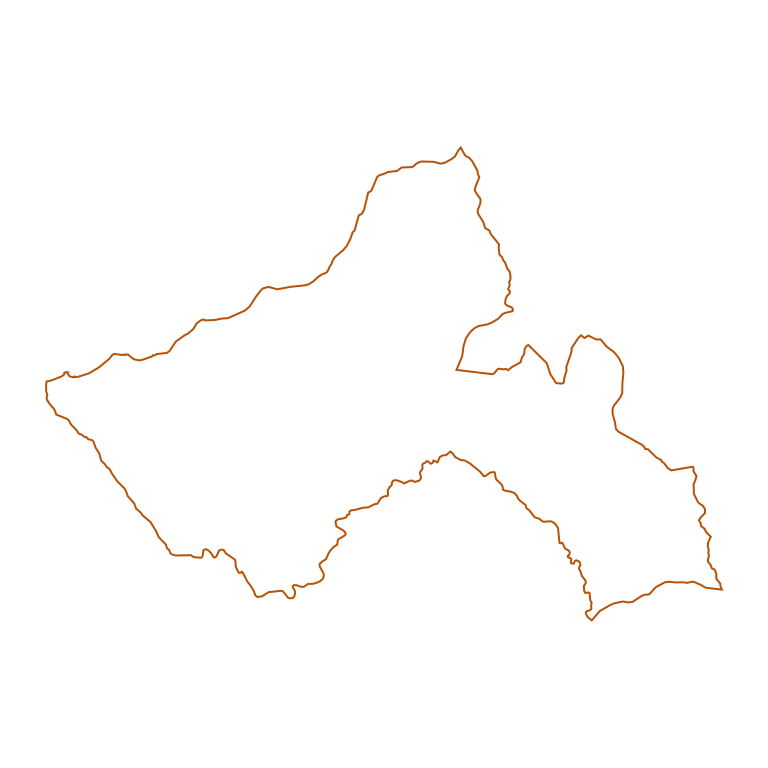 outline of Nitibe, Ambeno, East Timor
{"feature_id": "22284137B96760248350473", "entity_name": "Nitibe", "entity_type": "district", "adm_level": 2, "iso_a3": "TLS", "parent_name": "East Timor", "parent_adm1": "Ambeno", "projection": "albers", "projection_center": [124.176, -9.337], "detail": "fine", "context": "isolated", "style": "outline", "palette": "amber", "viewbox_px": 768, "rotation_deg": 0, "n_neighbors": 0, "source": "geoboundaries", "source_scale": "gbopen_adm2", "svg_char_len": 6089}
<svg xmlns="http://www.w3.org/2000/svg" viewBox="0 0 768 768"><path d="M667.7,468.0L663.8,462.8L662.1,462.0L661.3,460.2L656.2,457.3L647.9,449.2L645.3,449.1L644.3,447.0L642.4,445.1L618.4,431.7L615.9,428.9L614.9,422.0L612.6,413.9L612.6,408.9L613.7,405.9L620.1,397.7L622.2,393.5L622.4,382.8L623.4,372.7L622.8,366.1L618.9,358.2L615.4,353.7L614.1,352.2L606.6,346.6L600.6,339.4L596.0,339.4L588.4,335.6L584.4,338.0L581.1,335.3L578.4,337.9L571.7,348.0L571.5,351.7L566.2,367.4L566.6,370.3L564.4,377.8L563.8,382.0L563.4,383.0L561.8,383.6L556.1,383.1L550.2,373.9L546.8,363.2L528.4,345.0L526.9,345.7L524.7,348.8L524.1,354.4L522.0,357.3L520.5,362.4L512.1,366.9L508.1,370.2L506.3,369.0L503.1,369.3L498.7,368.7L497.5,369.3L494.1,373.4L492.3,374.2L456.5,369.9L462.2,356.2L463.5,346.3L465.7,338.9L468.3,334.6L470.9,331.4L474.7,328.0L478.7,326.0L488.1,324.2L492.6,322.2L498.7,318.4L502.2,314.3L505.1,312.9L512.4,311.2L512.9,310.3L512.4,308.2L511.7,307.4L506.9,305.4L505.3,303.8L505.1,302.5L505.6,299.3L506.8,296.2L509.6,293.4L510.0,291.7L508.2,289.1L509.8,284.9L509.1,282.4L510.4,279.6L510.4,275.3L509.6,271.5L507.3,268.7L505.1,262.5L503.1,260.1L502.3,257.5L499.4,254.4L498.7,248.0L499.0,244.3L490.6,233.9L489.4,230.5L485.1,228.1L483.4,222.2L478.4,214.3L477.8,212.3L477.6,210.5L480.2,203.8L480.6,200.0L480.1,198.4L476.8,194.1L474.8,190.3L475.2,187.7L479.3,177.1L478.0,174.6L477.5,170.8L472.2,161.2L468.9,157.5L466.5,156.5L464.8,155.0L460.8,147.6L458.5,150.1L455.0,156.4L451.2,159.3L444.3,163.0L440.4,163.6L433.6,161.8L421.9,161.5L419.9,161.9L416.2,163.7L413.4,166.4L411.7,167.1L401.6,167.5L397.1,170.9L387.5,172.1L385.9,173.1L379.0,175.5L377.2,176.9L371.7,189.9L370.7,191.3L368.2,192.5L364.0,210.2L361.5,214.1L359.5,214.9L358.6,215.9L354.6,230.5L352.7,232.2L350.4,238.8L347.0,245.6L343.5,249.8L334.9,257.1L332.3,261.4L331.7,263.6L329.4,267.2L327.8,270.9L326.4,272.6L321.6,274.6L318.2,276.9L313.0,281.6L308.7,284.3L305.0,285.3L290.2,286.9L277.1,289.3L268.6,286.9L263.2,288.3L261.4,289.8L256.8,295.5L249.4,306.8L244.5,310.8L228.0,318.1L221.0,318.7L215.0,320.0L206.2,320.4L204.5,320.2L203.6,319.4L200.5,320.5L196.7,323.4L193.1,329.3L187.1,334.2L185.2,334.9L175.9,341.5L169.5,351.1L166.9,352.9L156.6,354.1L155.0,355.3L152.8,355.3L152.2,356.3L143.1,359.6L139.3,360.4L134.4,359.4L132.0,358.0L128.2,354.6L125.9,354.4L125.2,355.1L123.6,354.6L122.0,355.0L114.5,353.9L112.4,354.9L109.6,358.5L98.8,367.5L89.1,373.3L78.8,376.6L75.0,377.1L74.4,376.5L73.5,377.3L69.7,376.4L67.2,373.1L67.8,372.3L65.4,372.2L64.2,372.9L64.3,374.1L63.8,374.9L61.2,376.6L50.9,380.6L46.6,381.5L46.1,384.8L46.2,391.5L47.3,394.9L46.6,397.9L46.9,399.7L50.0,404.4L54.2,409.1L56.3,414.6L67.3,419.0L68.9,420.6L71.1,424.6L76.8,430.5L78.6,433.5L81.6,434.6L84.3,436.8L86.5,437.2L88.2,439.2L91.9,440.1L92.9,441.0L93.8,442.3L95.5,447.5L99.3,453.5L101.2,460.6L104.8,464.1L106.7,466.9L109.6,469.1L111.9,473.4L117.4,481.5L124.4,488.3L126.2,491.7L127.6,495.9L134.3,503.5L136.1,508.6L140.7,512.6L142.5,515.2L150.6,522.2L156.0,531.0L158.7,537.1L166.0,544.7L167.0,548.3L169.0,549.8L170.6,553.6L172.1,554.5L175.8,555.5L190.9,555.2L193.8,557.1L200.9,557.8L201.9,557.2L202.6,555.8L203.5,550.0L205.8,549.2L208.9,550.7L211.4,553.6L213.5,557.1L214.8,557.5L216.1,556.7L217.0,555.3L219.0,550.6L221.4,549.6L223.5,549.9L226.0,553.5L234.9,559.6L235.4,560.8L235.8,566.9L238.5,572.4L239.9,573.0L241.9,571.8L242.7,572.5L247.5,581.8L250.0,584.8L253.7,590.8L255.3,595.3L257.5,597.0L261.9,596.4L268.7,592.1L281.6,590.8L282.9,591.3L288.1,597.7L289.7,598.3L292.5,598.1L294.3,596.4L295.2,592.7L294.6,590.3L292.8,587.2L292.9,586.0L293.7,585.2L296.5,585.2L301.5,586.9L303.6,586.9L308.2,583.9L313.2,583.8L318.5,582.1L320.2,581.1L322.9,578.8L323.8,575.8L323.4,573.1L319.7,566.4L319.6,563.9L322.5,561.3L325.9,559.3L328.6,553.2L330.3,550.6L333.9,546.7L337.2,544.7L337.7,540.6L338.3,539.3L344.7,535.5L345.6,534.2L345.2,532.4L343.1,530.3L336.5,526.5L335.5,522.1L336.0,520.6L338.3,519.2L343.8,518.3L346.3,517.3L347.2,515.0L349.4,514.2L349.4,511.5L351.2,510.3L355.1,509.9L362.6,507.8L368.5,507.3L374.4,504.3L377.5,503.6L381.1,497.8L384.3,496.4L387.6,495.9L388.1,494.1L387.7,490.5L389.5,487.2L391.5,485.5L392.2,482.0L393.2,480.8L394.6,480.2L397.2,480.4L401.8,482.0L404.1,483.4L410.0,480.7L412.2,480.6L414.8,481.9L419.0,480.7L420.3,479.6L421.0,477.8L419.9,472.4L422.5,468.8L422.3,464.6L423.0,463.7L425.0,462.9L426.9,461.1L428.2,461.5L430.7,463.7L432.4,463.0L433.5,460.6L437.5,462.3L439.8,457.1L442.5,455.5L446.1,455.1L450.4,451.5L452.2,453.0L455.3,457.1L460.6,460.0L464.8,460.5L469.7,463.3L480.1,471.7L483.8,476.2L485.3,476.1L490.3,472.5L494.3,472.1L495.1,473.4L495.4,476.9L496.3,479.5L501.3,484.3L502.5,486.2L503.1,489.8L505.1,490.7L511.2,491.8L514.5,493.1L517.2,496.3L518.0,498.5L520.4,501.1L525.6,505.0L526.4,508.2L529.4,510.4L534.6,517.2L539.0,518.6L542.5,521.4L543.9,521.7L551.2,521.3L555.1,523.6L558.0,528.0L559.5,543.0L560.3,543.3L561.8,542.7L562.5,543.1L565.0,548.5L569.0,550.7L569.7,552.2L569.6,553.7L568.9,555.3L567.8,555.9L567.7,556.4L568.1,557.2L571.1,558.6L571.4,559.5L570.8,561.7L571.2,563.3L573.7,563.7L574.9,561.0L576.3,560.3L579.2,561.7L580.2,563.3L580.3,565.4L579.1,567.3L579.0,568.7L580.6,571.6L581.8,575.9L584.8,579.5L585.9,581.7L585.5,583.6L583.8,586.0L584.3,591.3L585.4,593.0L588.2,592.5L589.5,592.8L590.3,600.2L591.6,602.9L591.1,606.0L591.4,608.7L590.2,610.1L586.4,611.4L585.7,613.3L587.6,617.0L591.8,620.4L599.7,611.1L610.8,604.7L615.0,603.1L623.1,601.5L628.1,602.4L632.5,601.9L642.2,595.6L645.2,594.7L649.2,594.4L655.9,587.1L664.8,582.3L669.0,581.8L675.9,582.4L684.0,582.3L687.0,582.9L692.5,581.7L694.7,582.2L700.9,584.9L705.5,587.7L721.9,589.6L720.5,586.2L720.3,583.6L716.6,579.1L716.2,577.7L716.4,574.7L715.6,571.6L714.5,569.5L711.9,568.4L710.3,564.4L708.0,561.8L708.0,559.2L709.0,556.1L708.4,553.1L708.7,549.9L707.9,547.1L707.9,544.1L708.1,542.5L710.8,536.8L706.1,532.1L704.5,528.7L701.1,526.1L700.7,523.3L698.9,520.3L700.7,517.4L704.9,513.2L705.0,509.1L702.6,505.5L699.0,503.3L697.8,501.8L693.9,493.9L693.6,484.2L695.3,480.5L696.5,476.1L693.5,471.4L693.6,468.1L692.9,466.8L691.7,466.9L671.3,470.4L667.7,468.0Z" fill="none" stroke="#b45309" stroke-width="2"/></svg>